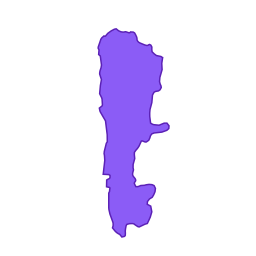 the Province of Beqaa, rotated 327°
{"feature_id": "LBN-3022", "entity_name": "Beqaa", "entity_type": "Province", "adm_level": 1, "iso_a3": "LBN", "parent_name": "Lebanon", "parent_adm1": "", "projection": "natural_earth1", "projection_center": [36.105, 33.959], "detail": "fine", "context": "isolated", "style": "filled", "palette": "violet", "viewbox_px": 256, "rotation_deg": 327, "n_neighbors": 0, "source": "natural_earth", "source_scale": "10m", "svg_char_len": 2520}
<svg xmlns="http://www.w3.org/2000/svg" viewBox="0 0 256 256"><g transform="rotate(327 128 128)"><path d="M95.6,216.5L92.2,218.6L89.8,217.9L83.6,217.1L83.1,216.7L82.5,216.0L81.2,213.0L80.8,211.8L80.0,210.8L77.3,209.1L74.6,208.2L73.9,208.5L73.0,209.1L71.1,211.1L69.6,212.9L68.5,214.8L67.2,216.6L66.1,217.0L63.5,216.1L63.1,212.5L62.4,211.6L61.8,210.1L61.5,209.5L61.0,207.3L60.6,203.3L61.8,202.3L62.4,201.7L63.4,200.2L63.8,199.4L64.1,198.4L66.0,190.3L67.6,186.0L68.5,184.3L76.4,172.1L77.7,171.3L78.2,170.9L78.9,169.9L80.0,168.7L80.2,168.2L80.1,167.8L78.0,165.6L81.8,160.0L82.8,160.0L84.3,160.2L84.7,160.2L85.1,160.2L85.5,160.0L85.9,159.7L86.2,159.4L87.1,157.9L86.5,156.6L82.0,153.3L90.9,142.5L93.2,138.4L93.8,137.0L93.9,136.6L95.4,134.7L101.5,129.0L103.1,128.3L106.9,122.3L113.0,109.8L113.5,99.7L113.7,98.5L114.8,95.7L117.9,95.4L118.3,95.3L118.7,95.1L119.2,94.6L122.0,89.6L122.4,88.2L122.9,83.8L128.0,77.3L132.1,72.9L133.6,67.4L133.9,66.9L134.4,66.2L135.6,64.9L138.3,62.7L139.4,61.5L140.1,60.7L143.8,52.9L144.0,52.5L143.4,50.4L146.0,47.0L146.2,46.6L146.3,46.2L146.3,45.5L146.4,45.2L146.4,44.9L146.6,44.6L147.1,43.9L153.2,39.1L153.5,38.8L155.2,38.1L158.0,37.7L158.5,38.4L158.8,38.6L159.2,38.6L159.6,38.6L160.0,38.4L162.6,37.6L166.6,37.4L170.3,37.7L172.1,38.4L173.0,41.2L174.4,43.4L176.2,45.0L178.5,46.0L180.5,48.5L181.4,49.1L182.4,48.8L184.6,50.4L185.3,51.8L185.2,53.7L184.8,56.4L184.4,57.6L183.9,58.4L183.5,59.3L183.4,60.6L183.7,62.0L184.4,63.3L187.3,67.5L188.8,69.1L189.8,69.5L190.8,69.5L191.6,69.7L192.3,71.0L192.1,73.1L190.8,75.0L189.7,77.2L190.4,80.3L191.3,82.7L194.6,86.0L195.3,87.7L195.4,87.8L191.5,92.2L188.4,97.6L182.3,102.9L179.7,106.3L178.9,108.7L178.6,110.7L177.9,112.2L175.7,113.4L173.8,113.5L170.9,112.3L169.3,112.2L166.5,113.7L161.9,119.6L156.5,124.5L154.4,127.2L152.5,130.2L149.6,136.2L149.9,136.8L150.7,138.4L151.6,139.4L155.6,142.6L160.9,143.6L163.3,145.1L163.6,148.5L161.9,150.7L159.3,151.1L154.2,149.9L147.2,146.4L144.8,145.9L142.7,146.7L140.8,148.3L138.7,149.6L135.8,149.7L134.7,149.0L133.0,146.7L132.1,146.2L127.2,149.3L124.8,150.3L122.3,151.0L120.1,151.9L118.8,153.8L117.0,157.3L112.5,161.3L110.6,164.1L109.8,166.1L107.3,168.4L106.3,169.9L106.1,171.3L106.4,174.3L106.1,175.9L105.4,176.6L103.7,177.3L103.1,177.9L102.6,181.4L104.4,182.6L107.4,183.2L110.6,185.0L112.5,185.6L115.0,186.8L117.3,188.6L118.5,190.5L118.1,193.6L116.0,196.1L113.2,198.0L110.6,199.3L107.4,199.2L104.2,200.3L102.6,202.5L104.5,205.9L102.3,211.3L98.1,214.9L95.6,216.5Z" fill="#8b5cf6" stroke="#5b21b6" stroke-width="1.5"/></g></svg>